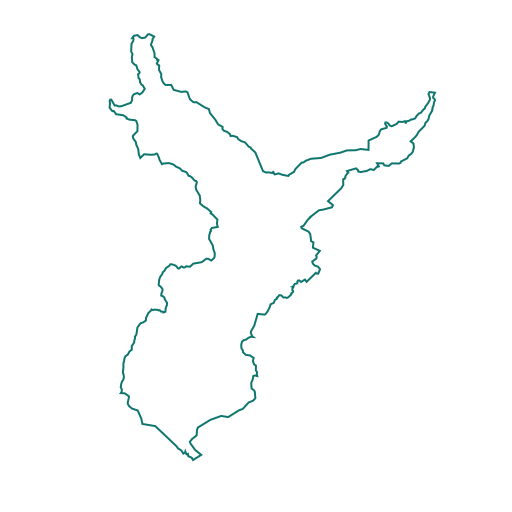 Gurahont, Arad, Romania (Equal Earth projection), rotated 186°
{"feature_id": "2599482B35210166851788", "entity_name": "Gurahont", "entity_type": "district", "adm_level": 2, "iso_a3": "ROU", "parent_name": "Romania", "parent_adm1": "Arad", "projection": "equal_earth", "projection_center": [22.355, 46.301], "detail": "fine", "context": "isolated", "style": "outline", "palette": "teal", "viewbox_px": 512, "rotation_deg": 186, "n_neighbors": 0, "source": "geoboundaries", "source_scale": "gbopen_adm2", "svg_char_len": 6119}
<svg xmlns="http://www.w3.org/2000/svg" viewBox="0 0 512 512"><g transform="rotate(186 256 256)"><path d="M100.6,437.2L101.4,435.1L99.4,431.2L99.4,429.5L100.8,426.1L103.2,422.2L103.5,420.4L105.0,418.9L106.8,415.9L109.1,414.5L111.0,412.0L112.0,409.6L114.4,408.3L115.6,408.2L118.1,406.4L120.2,405.8L120.9,404.1L121.3,404.2L121.5,405.5L122.0,405.7L124.3,404.6L128.2,404.5L130.1,401.9L134.6,399.2L136.7,399.8L138.0,401.4L139.9,402.5L141.3,402.3L141.4,401.0L139.3,398.2L139.7,397.0L144.7,395.1L145.9,393.1L146.5,389.6L148.3,387.2L156.1,382.6L155.2,373.3L163.3,373.3L168.0,371.6L176.7,370.5L183.1,367.5L193.1,364.5L201.5,360.3L211.3,358.5L216.2,356.1L218.6,354.0L220.4,353.6L225.9,346.6L227.0,343.7L231.6,340.2L232.2,339.0L238.2,339.5L242.3,340.5L245.8,339.1L247.0,340.0L247.2,341.1L247.7,341.4L248.4,340.3L252.7,340.5L254.5,340.0L257.9,341.1L267.5,358.9L272.1,362.3L272.6,363.3L274.7,364.0L278.7,367.8L282.7,368.7L285.9,370.4L287.2,372.2L291.4,373.1L293.9,372.7L294.6,374.4L295.4,375.0L297.5,376.3L301.1,377.3L302.7,378.8L302.7,380.9L307.5,383.0L310.7,387.3L316.7,393.3L318.2,397.2L322.6,398.5L331.4,402.8L333.5,402.3L335.0,402.8L338.1,405.0L341.3,411.7L342.9,412.3L347.5,411.4L355.2,412.6L358.2,417.3L363.9,416.7L365.7,418.0L367.3,420.0L369.1,424.1L369.2,427.0L371.9,430.9L372.2,435.4L374.0,436.2L374.8,437.2L373.6,439.8L373.5,440.7L375.0,440.8L375.0,441.7L377.7,443.2L378.1,447.0L380.7,452.6L382.6,455.0L381.5,459.4L381.6,460.8L380.2,463.6L385.3,465.5L386.7,465.1L388.9,461.7L392.2,460.7L394.5,461.5L396.9,463.3L400.5,462.2L401.8,459.8L400.8,460.0L400.5,458.6L400.6,456.8L402.0,454.1L401.5,446.2L399.9,443.8L400.3,440.8L399.3,435.8L396.9,433.7L395.0,433.1L393.4,429.4L390.9,426.6L391.3,425.3L392.3,424.3L391.4,420.8L390.0,419.4L389.4,416.6L387.7,414.4L386.5,413.9L384.1,410.6L386.2,406.6L388.6,404.5L391.1,405.7L394.5,403.9L395.3,402.7L395.8,400.5L395.5,398.0L396.5,395.3L405.5,390.9L408.3,390.4L410.7,391.2L412.3,390.9L416.2,396.3L417.3,396.3L417.8,394.6L417.2,393.0L417.1,388.2L414.0,385.0L412.9,385.4L412.2,385.0L410.0,382.4L402.9,382.1L399.6,380.5L399.0,379.9L399.1,379.2L396.2,378.4L390.5,378.4L389.1,377.7L387.5,374.0L387.0,367.7L390.9,362.8L391.0,361.8L390.3,360.0L387.4,356.7L386.7,354.1L384.4,350.3L383.1,344.8L381.3,341.4L377.9,345.5L370.8,345.7L367.2,346.4L366.2,347.3L365.0,347.4L362.6,343.3L362.1,341.7L359.1,337.5L358.0,338.2L352.6,339.3L348.9,338.7L346.6,337.8L345.3,336.7L340.7,335.1L338.3,333.0L334.6,332.3L333.5,331.6L331.5,328.7L330.1,328.6L328.1,327.5L324.9,324.6L323.3,324.3L322.5,323.1L323.3,318.7L322.3,315.5L318.3,310.3L317.3,305.9L317.2,302.4L313.5,299.9L309.5,298.1L305.1,295.0L305.6,293.7L303.3,292.5L298.2,288.2L298.2,284.0L297.1,280.9L302.7,279.3L303.9,277.3L303.3,276.3L304.3,274.8L304.1,274.2L304.7,271.8L304.4,268.0L300.1,262.0L299.2,258.6L297.3,254.5L297.1,250.7L297.6,249.5L300.0,246.8L303.3,248.2L305.2,248.1L308.8,244.6L310.2,243.9L317.5,241.9L320.6,238.4L324.3,238.5L325.5,237.3L326.8,236.9L328.4,237.8L329.2,237.8L331.4,235.4L332.4,235.6L334.0,237.4L335.5,238.2L338.5,238.9L340.4,238.8L341.1,237.3L344.1,234.8L345.6,231.6L347.0,230.1L347.4,228.0L348.9,225.8L349.8,222.4L349.8,217.5L349.5,216.5L347.9,215.8L345.8,213.7L345.3,212.2L346.2,208.5L346.1,206.7L344.0,206.1L342.7,205.0L342.2,203.4L339.6,200.2L339.5,197.7L340.3,195.2L340.3,191.1L342.3,190.1L342.8,190.9L344.6,190.8L346.2,192.1L347.3,191.7L348.2,192.2L351.6,192.0L353.0,191.4L354.3,191.9L354.5,191.1L357.1,188.0L358.8,183.3L358.8,180.4L359.2,179.9L361.4,178.1L363.7,177.1L366.4,172.7L366.8,165.2L368.0,163.1L367.7,161.2L368.1,160.0L368.2,157.1L370.2,153.3L369.7,149.9L371.9,147.8L373.1,144.7L375.4,142.6L376.1,140.5L376.2,137.2L376.7,135.9L376.2,131.4L376.2,126.0L375.2,124.0L374.7,121.3L375.1,118.8L376.1,117.4L376.7,114.5L376.8,111.3L375.4,109.1L375.5,106.6L376.1,105.5L372.2,105.7L367.8,103.3L367.6,102.0L368.3,96.5L367.7,95.0L366.6,93.6L363.4,91.3L357.5,90.0L353.1,82.4L351.4,77.1L338.4,76.3L315.3,58.6L313.4,56.5L310.0,54.8L307.6,51.9L305.9,53.3L305.8,54.1L304.5,51.6L303.8,51.4L302.9,52.0L302.4,49.8L298.9,48.7L297.3,46.5L289.7,52.5L296.1,56.6L301.5,62.6L302.4,64.3L300.3,67.5L296.3,71.4L296.5,76.6L295.9,79.3L284.4,88.2L273.9,93.3L266.8,92.9L256.9,100.7L253.2,102.5L248.0,109.6L243.7,111.8L241.8,114.5L243.0,120.9L243.9,122.2L246.5,123.7L247.5,129.2L246.4,132.7L246.1,136.4L244.4,137.1L242.2,136.7L242.8,138.4L242.8,140.5L244.2,142.3L244.6,147.0L246.3,147.8L247.3,149.4L248.1,151.4L247.7,154.4L251.7,156.5L255.7,156.6L259.0,159.0L259.1,160.6L260.6,162.3L261.1,163.9L261.4,166.5L260.9,169.3L259.6,170.9L257.2,171.8L255.0,173.8L252.6,175.2L250.4,175.2L251.5,175.9L253.2,179.2L252.9,181.0L250.4,186.7L248.3,198.6L241.3,198.6L240.3,199.4L238.7,202.1L237.0,206.5L236.4,209.5L233.4,211.3L232.7,214.1L230.7,215.8L230.9,216.8L230.2,217.1L228.7,219.5L226.5,219.4L224.9,217.9L224.0,217.6L222.4,217.9L221.1,217.5L219.7,218.2L217.5,220.7L216.9,221.6L217.1,222.4L215.5,223.9L215.4,225.1L216.3,225.9L216.4,227.3L215.6,229.0L216.4,229.2L216.0,229.4L214.5,232.3L212.5,232.9L211.9,233.9L212.2,234.9L211.7,236.0L210.3,236.2L208.5,234.9L204.8,237.7L203.0,235.6L194.7,245.5L194.2,245.0L192.3,244.9L190.9,249.5L193.2,251.9L196.2,252.5L197.8,253.5L198.8,254.6L199.5,256.4L195.7,259.8L195.6,261.5L196.3,262.8L193.1,267.8L200.3,270.2L200.3,275.5L202.7,276.5L204.3,283.2L204.9,284.1L206.2,285.7L213.5,288.4L214.1,289.8L211.9,291.0L208.1,297.8L206.1,299.9L206.4,300.2L198.1,308.1L194.2,309.1L185.5,312.4L184.8,314.6L190.1,318.1L178.2,332.4L176.6,335.8L177.3,341.0L177.0,341.8L176.1,341.9L175.9,342.6L175.3,343.2L175.5,344.5L173.6,348.1L173.0,348.5L174.4,350.0L165.6,353.6L163.4,351.9L163.1,350.7L160.7,350.4L154.7,352.2L151.4,354.3L147.8,353.9L144.5,358.0L144.1,357.5L143.2,357.9L145.3,360.9L139.2,361.4L137.9,359.6L133.5,359.4L130.6,362.3L123.5,362.9L122.0,363.8L121.6,365.2L115.9,368.9L114.6,371.8L112.1,374.1L111.0,376.1L110.3,380.8L111.2,384.4L114.2,386.2L110.7,390.2L108.7,393.0L107.4,396.3L102.0,403.1L101.3,406.3L99.6,408.2L98.8,410.1L98.3,413.9L95.9,419.1L96.2,419.6L95.7,421.2L96.0,422.1L95.2,424.2L94.9,427.9L94.2,429.7L94.9,430.8L96.3,431.7L96.5,433.1L95.1,437.1L100.6,437.2Z" fill="none" stroke="#0f766e" stroke-width="2"/></g></svg>